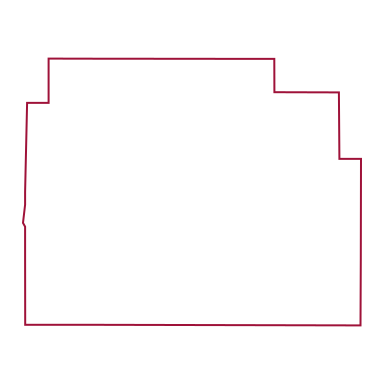 the district of Morris, Kansas, United States of America
{"feature_id": "52423323B46271330611331", "entity_name": "Morris", "entity_type": "district", "adm_level": 2, "iso_a3": "USA", "parent_name": "United States of America", "parent_adm1": "Kansas", "projection": "equal_earth", "projection_center": [-96.703, 38.696], "detail": "fine", "context": "isolated", "style": "outline", "palette": "rose", "viewbox_px": 384, "rotation_deg": 0, "n_neighbors": 0, "source": "geoboundaries", "source_scale": "gbopen_adm2", "svg_char_len": 350}
<svg xmlns="http://www.w3.org/2000/svg" viewBox="0 0 384 384"><path d="M361.0,158.9L339.4,158.9L338.9,92.4L274.4,92.2L274.3,58.9L91.8,58.7L48.6,58.6L48.6,102.9L27.1,102.9L25.1,191.8L25.1,204.7L23.0,222.9L25.1,226.7L25.1,235.9L25.1,258.2L25.2,324.8L89.5,324.8L360.5,325.4L360.8,258.5L361.0,158.9Z" fill="none" stroke="#9f1239" stroke-width="2"/></svg>